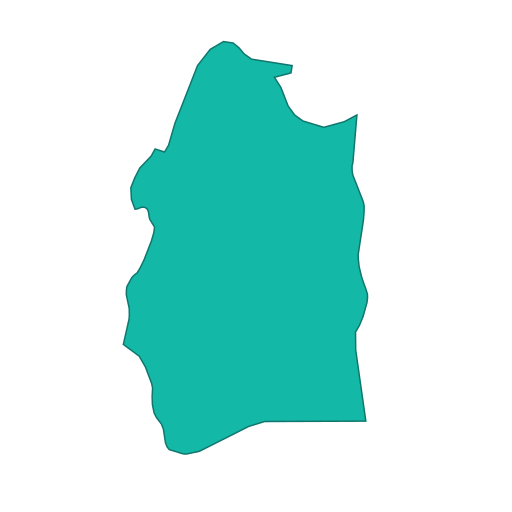 the Parish of Saint Catherine, rotated 189°
{"feature_id": "JAM-1380", "entity_name": "Saint Catherine", "entity_type": "Parish", "adm_level": 1, "iso_a3": "JAM", "parent_name": "Jamaica", "parent_adm1": "", "projection": "equal_earth", "projection_center": [-76.985, 18.04], "detail": "fine", "context": "isolated", "style": "filled", "palette": "teal", "viewbox_px": 512, "rotation_deg": 189, "n_neighbors": 0, "source": "natural_earth", "source_scale": "10m", "svg_char_len": 1321}
<svg xmlns="http://www.w3.org/2000/svg" viewBox="0 0 512 512"><g transform="rotate(189 256 256)"><path d="M390.3,303.9L388.0,314.2L384.5,324.8L375.2,338.2L372.4,345.9L362.6,344.4L359.7,351.7L356.8,374.5L343.5,435.0L333.6,452.9L321.7,462.7L311.9,462.8L305.4,459.0L299.4,453.8L291.2,449.7L250.1,449.7L250.1,442.3L265.8,435.4L257.8,426.4L247.7,409.1L239.9,401.3L230.8,396.7L209.3,393.7L189.9,402.4L178.4,411.1L174.9,363.3L175.2,360.0L174.5,355.8L173.2,351.4L158.8,326.8L157.8,324.5L156.9,321.7L156.1,315.9L155.5,308.3L155.3,273.3L154.3,268.3L152.5,261.7L148.4,251.8L144.2,243.8L143.0,241.9L140.0,235.9L139.3,232.3L139.1,227.4L140.8,212.9L143.0,203.6L145.8,196.5L142.8,178.7L121.7,110.1L221.5,93.9L236.6,86.5L281.3,54.3L292.7,49.9L294.8,49.3L297.1,49.2L311.4,51.2L313.8,53.4L316.1,57.1L320.5,70.8L323.1,75.2L328.9,80.7L332.1,85.1L335.0,92.8L336.6,100.9L337.5,109.4L339.1,113.7L347.8,129.0L355.7,138.8L373.2,147.9L371.5,174.1L371.9,178.0L373.0,184.3L378.0,197.4L378.7,202.3L378.6,206.1L376.0,213.3L375.1,215.5L373.8,217.4L372.4,219.1L370.9,220.5L368.7,225.8L366.1,234.1L361.7,254.3L360.6,263.0L360.7,268.7L366.1,274.9L366.8,276.0L367.5,277.5L368.9,282.1L369.9,284.2L371.3,285.7L373.1,286.6L375.1,286.6L377.0,286.1L380.8,283.9L382.8,283.3L387.9,292.4L390.3,303.9Z" fill="#14b8a6" stroke="#0f766e" stroke-width="1.5"/></g></svg>